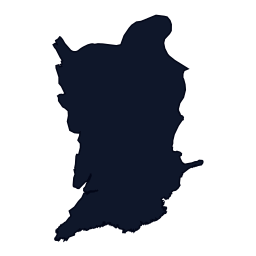 Waterford City East Lea-6, Waterford, Ireland (orthographic projection)
{"feature_id": "5873133B90521383760938", "entity_name": "Waterford City East Lea-6", "entity_type": "district", "adm_level": 2, "iso_a3": "IRL", "parent_name": "Ireland", "parent_adm1": "Waterford", "projection": "orthographic", "projection_center": [-7.041, 52.202], "detail": "fine", "context": "isolated", "style": "filled", "palette": "ink", "viewbox_px": 256, "rotation_deg": 0, "n_neighbors": 0, "source": "geoboundaries", "source_scale": "gbopen_adm2", "svg_char_len": 5837}
<svg xmlns="http://www.w3.org/2000/svg" viewBox="0 0 256 256"><path d="M73.3,185.3L73.9,186.0L73.6,186.4L74.2,186.9L74.6,186.5L77.5,188.3L78.9,188.4L85.7,181.4L87.3,181.4L87.8,179.8L88.6,179.1L88.9,177.5L90.4,175.5L90.6,173.4L91.0,175.7L89.5,179.6L88.8,180.0L88.5,181.7L86.9,183.1L85.6,186.7L83.9,188.5L83.8,190.6L84.3,191.3L85.9,191.4L86.6,192.3L87.7,192.7L88.0,191.9L90.2,191.0L93.8,191.1L95.4,190.5L96.5,190.9L98.1,190.1L96.7,191.1L95.6,191.0L94.2,191.7L90.2,192.0L87.2,194.3L87.0,193.5L85.7,193.3L85.1,192.8L84.0,193.3L82.0,197.8L78.6,201.5L74.6,207.1L69.3,211.0L70.9,215.4L70.5,216.8L69.2,217.8L66.1,221.9L64.4,222.8L63.5,223.9L62.2,224.3L61.8,225.0L60.7,225.1L60.5,225.8L60.8,226.0L59.1,227.0L58.2,229.0L57.4,228.9L56.8,229.9L56.1,230.2L56.2,231.2L55.6,230.8L56.1,231.3L56.6,231.1L56.4,231.8L57.2,231.4L57.7,231.6L57.1,232.7L57.7,233.0L57.1,233.5L57.3,235.0L56.1,236.6L56.0,237.7L55.2,237.9L54.9,238.8L55.5,238.9L55.2,239.8L55.7,240.2L56.8,240.2L57.0,239.8L57.2,240.3L58.3,240.4L58.5,239.6L58.9,239.4L58.6,240.1L58.9,240.1L59.5,239.3L59.4,239.9L59.9,239.4L59.8,238.7L59.4,238.7L59.6,238.1L60.3,237.8L60.9,238.2L62.0,238.1L62.6,238.6L63.2,238.1L64.5,238.1L64.9,238.4L63.9,239.8L64.5,239.4L64.2,240.6L65.9,239.4L65.8,240.6L66.2,239.4L66.7,240.2L67.4,239.4L67.3,238.5L68.4,237.9L68.9,236.9L74.3,234.9L74.4,234.3L73.9,234.0L74.7,232.8L77.6,230.7L77.5,231.0L78.1,231.3L78.7,230.6L78.3,230.2L79.7,229.0L80.6,229.3L79.8,230.1L80.0,230.8L82.7,228.8L83.8,229.0L83.9,229.5L84.5,228.9L84.7,229.3L84.9,228.9L85.7,229.1L86.0,230.2L87.0,230.2L87.3,229.6L88.0,229.7L90.0,228.2L89.9,228.5L90.9,228.5L92.5,227.8L93.5,228.1L95.2,227.6L96.3,227.0L96.6,226.1L97.5,227.1L98.2,226.1L99.0,226.3L99.3,225.9L100.3,225.9L100.3,226.4L100.7,225.9L100.7,226.4L101.6,225.6L102.2,225.9L102.6,224.9L103.0,225.9L103.5,225.2L103.5,225.6L104.3,225.2L103.2,222.3L104.0,221.8L104.6,222.0L104.6,223.5L104.8,223.9L105.1,223.6L105.3,224.7L106.0,224.7L107.0,223.7L107.5,223.9L107.6,223.4L108.2,223.9L109.0,222.8L109.3,223.4L110.2,223.1L109.9,224.3L110.3,224.1L110.3,224.6L111.1,224.5L111.3,225.2L112.1,224.5L112.8,225.5L114.0,225.2L113.8,226.0L114.4,226.7L115.2,226.5L115.5,227.5L116.1,227.7L116.9,226.9L117.2,225.0L118.0,225.1L118.3,227.3L119.0,227.7L119.3,228.5L123.3,229.3L123.1,230.8L123.8,229.9L124.3,229.9L123.4,232.1L123.7,232.0L123.9,232.6L125.1,232.6L125.1,232.0L126.5,231.1L128.4,230.1L129.8,230.2L131.0,229.2L131.6,230.1L131.3,230.6L131.9,230.2L132.3,230.7L132.1,231.5L132.8,231.3L133.3,230.5L133.3,231.3L134.1,231.3L134.1,231.7L135.4,230.4L135.8,229.4L136.5,230.0L136.8,229.5L137.3,229.7L137.7,229.1L138.6,228.9L139.6,227.4L139.5,226.0L141.3,225.2L141.6,223.8L140.9,221.8L141.6,222.0L142.7,224.0L143.4,223.8L143.7,224.3L144.9,223.1L145.4,223.2L145.5,223.8L145.9,223.3L146.3,223.6L146.4,222.8L147.0,223.6L147.3,223.3L147.3,223.8L147.9,223.8L148.7,223.1L148.5,222.6L149.0,223.1L150.3,222.7L151.3,221.4L151.1,220.8L151.9,221.2L152.0,220.8L152.2,221.4L152.9,220.6L152.5,221.3L153.2,221.0L153.6,220.4L153.3,219.9L154.2,220.1L154.5,220.7L155.0,220.4L154.8,220.8L155.7,219.6L155.3,220.7L155.9,219.9L155.9,220.3L156.7,220.0L156.4,219.2L157.0,219.7L159.2,218.3L160.4,217.2L160.2,216.7L162.4,215.2L162.6,214.2L162.8,214.4L163.2,213.9L163.2,214.4L163.9,213.7L164.0,213.1L164.6,212.9L164.5,213.5L165.3,212.4L165.2,213.3L165.6,213.2L166.3,211.9L165.4,211.5L165.4,210.8L166.5,208.0L165.5,206.6L165.9,208.2L165.2,210.1L163.8,209.7L163.4,210.6L163.5,209.1L164.8,207.9L164.3,207.0L162.9,207.8L162.1,207.6L162.8,206.5L161.9,205.7L162.3,205.5L162.4,204.8L163.0,204.7L162.6,204.0L163.5,204.2L163.8,203.0L163.6,203.2L162.9,202.2L162.1,202.4L161.8,201.5L162.8,200.7L161.9,200.5L161.2,199.7L161.4,198.6L164.2,197.2L164.8,197.5L164.9,198.6L166.0,199.2L166.9,198.4L168.0,198.7L169.3,196.4L170.0,196.2L170.5,194.9L169.8,194.1L171.4,193.6L171.1,193.3L171.7,191.6L172.1,191.5L172.6,190.8L175.7,190.1L177.9,188.2L179.9,185.1L179.4,184.4L179.3,182.8L179.9,177.2L181.6,176.6L181.3,175.4L182.2,175.0L182.6,173.7L182.4,172.7L183.4,172.5L188.5,168.5L191.4,166.9L191.7,167.1L192.6,166.4L192.8,167.0L194.1,166.0L194.0,166.3L194.4,166.5L195.1,165.5L195.6,166.0L196.0,165.4L196.3,166.0L198.2,165.3L201.4,164.7L202.7,162.8L202.8,161.2L202.2,160.6L199.2,160.4L197.4,161.6L194.9,161.9L192.1,163.0L184.4,164.4L183.7,163.5L183.2,163.8L181.7,162.0L179.9,158.3L179.5,156.2L181.2,155.2L181.4,153.6L179.8,152.3L176.9,151.4L175.9,151.9L173.1,151.6L172.2,149.7L172.4,147.4L171.8,147.2L171.8,146.0L172.6,143.4L172.6,140.6L174.1,134.3L178.3,125.5L181.9,120.2L183.1,119.6L182.9,118.9L183.3,117.7L183.0,116.9L182.5,116.2L180.3,115.2L179.7,113.2L179.1,112.9L179.2,112.1L178.3,111.3L178.5,110.1L178.0,109.7L179.7,103.0L183.4,97.4L185.3,89.9L184.9,84.6L183.6,79.6L182.7,77.6L182.8,73.8L184.0,70.5L188.0,68.8L174.6,60.5L169.1,56.1L167.4,54.1L164.6,48.5L163.5,43.0L164.5,38.9L169.4,33.6L171.1,30.7L171.2,24.4L169.9,20.6L167.1,17.1L164.1,16.4L156.0,15.4L141.1,21.5L136.5,22.1L131.8,25.3L129.3,28.2L124.2,35.7L120.9,44.8L118.7,45.3L116.5,45.8L110.7,45.1L108.2,44.8L102.7,44.1L97.9,43.9L94.7,44.5L92.6,44.0L91.2,44.1L87.9,45.0L83.6,47.1L81.9,48.1L81.0,48.7L79.9,49.5L79.2,50.1L78.1,50.9L76.3,51.7L73.9,51.8L72.4,51.4L72.0,51.2L70.6,50.4L64.6,43.5L62.4,39.6L60.5,37.3L59.8,36.9L58.1,39.1L55.7,40.6L57.0,44.2L55.1,43.5L53.2,44.7L54.7,47.4L56.2,49.1L60.5,57.5L62.6,60.6L61.4,61.3L62.3,63.9L60.6,64.5L61.6,66.4L59.6,66.7L58.7,64.9L56.1,65.7L56.2,68.0L59.1,77.0L59.1,83.3L61.5,86.1L65.1,93.6L62.9,94.8L61.7,94.4L59.7,94.6L57.7,96.0L58.6,97.5L58.7,100.8L62.7,106.7L65.1,108.0L68.3,110.8L68.6,115.7L67.5,121.5L69.9,130.3L74.5,132.6L78.5,133.0L80.1,132.2L79.7,135.9L78.0,140.2L80.5,143.5L80.5,147.6L78.9,154.2L78.1,154.6L76.7,154.5L76.1,156.3L75.6,164.3L74.9,167.8L75.2,169.9L74.2,169.9L75.2,174.3L73.9,177.8L73.3,185.3ZM130.7,230.6L130.2,230.9L130.7,231.0L130.7,230.6Z" fill="#0f172a" stroke="#020617" stroke-width="1.5"/></svg>